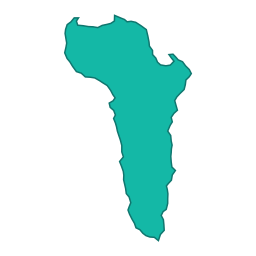 outline of Caxambu, Minas Gerais, Brazil
{"feature_id": "56859067B54903020095335", "entity_name": "Caxambu", "entity_type": "district", "adm_level": 2, "iso_a3": "BRA", "parent_name": "Brazil", "parent_adm1": "Minas Gerais", "projection": "albers", "projection_center": [-44.947, -21.993], "detail": "fine", "context": "isolated", "style": "filled", "palette": "teal", "viewbox_px": 256, "rotation_deg": 0, "n_neighbors": 0, "source": "geoboundaries", "source_scale": "gbopen_adm2", "svg_char_len": 1681}
<svg xmlns="http://www.w3.org/2000/svg" viewBox="0 0 256 256"><path d="M74.2,17.9L70.9,21.9L67.2,24.6L65.6,29.4L65.1,33.5L66.0,39.0L66.7,43.1L66.0,47.1L64.7,52.8L67.1,58.5L69.9,61.9L72.7,66.5L76.4,71.6L81.3,73.2L85.3,76.9L90.0,77.2L94.7,77.9L99.5,80.6L102.8,82.8L107.2,85.5L110.6,90.3L112.9,94.7L115.1,97.8L113.1,100.8L109.2,103.1L110.2,107.4L113.7,110.4L115.4,115.0L113.6,118.5L115.4,122.9L116.5,126.7L117.4,131.1L118.8,135.4L120.3,139.8L121.8,145.5L121.8,151.9L123.4,156.9L119.6,161.5L121.6,166.5L123.3,171.4L123.8,175.3L123.6,179.7L124.7,184.4L125.6,188.4L126.3,193.6L129.1,197.0L130.8,202.7L129.3,206.4L128.0,210.0L129.5,214.1L131.9,218.9L134.4,223.2L136.0,227.8L139.9,229.7L142.9,233.3L145.9,235.6L149.8,237.0L154.3,237.3L158.4,240.6L160.4,234.5L164.2,230.3L163.9,225.0L163.4,219.7L161.2,215.5L163.1,211.6L166.2,209.4L167.7,203.4L167.7,198.8L167.9,193.8L167.3,189.5L166.4,185.9L168.7,183.1L171.4,180.2L172.3,174.9L175.4,170.5L171.9,167.0L171.2,161.9L170.8,156.4L171.2,152.6L171.4,148.9L172.1,145.1L171.2,141.0L170.7,135.5L167.7,131.1L170.1,125.4L172.3,121.9L171.2,117.4L173.9,113.4L177.4,110.2L176.1,105.7L174.7,100.6L176.9,96.8L179.9,93.6L184.1,89.5L185.3,84.8L185.9,80.0L189.1,76.9L191.3,73.6L189.3,69.6L185.5,65.8L182.5,61.7L178.2,59.9L175.6,56.9L173.0,54.2L169.0,54.6L171.5,58.1L174.0,61.2L170.3,65.1L165.9,65.8L160.5,64.9L157.5,62.2L155.8,58.1L152.6,54.6L152.5,50.4L149.4,46.1L149.0,42.0L147.8,35.9L146.3,29.6L140.8,25.6L135.7,22.3L131.1,21.3L127.1,21.8L124.5,19.5L120.5,17.9L114.6,15.4L114.4,21.0L110.8,23.4L106.9,24.4L102.2,25.4L97.8,27.6L93.0,26.8L88.5,26.6L83.0,25.7L77.7,25.2L76.4,21.1L78.5,17.9L74.2,17.9Z" fill="#14b8a6" stroke="#0f766e" stroke-width="1.5"/></svg>